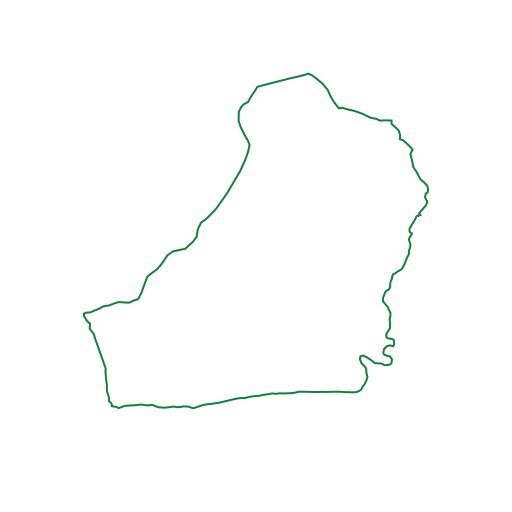 outline of Grand Cess Wedabo, Grand Kru, Liberia, rotated 342°
{"feature_id": "62588387B28167569470031", "entity_name": "Grand Cess Wedabo", "entity_type": "district", "adm_level": 2, "iso_a3": "LBR", "parent_name": "Liberia", "parent_adm1": "Grand Kru", "projection": "equal_earth", "projection_center": [-8.082, 4.634], "detail": "fine", "context": "isolated", "style": "outline", "palette": "green", "viewbox_px": 512, "rotation_deg": 342, "n_neighbors": 0, "source": "geoboundaries", "source_scale": "gbopen_adm2", "svg_char_len": 3389}
<svg xmlns="http://www.w3.org/2000/svg" viewBox="0 0 512 512"><g transform="rotate(342 256 256)"><path d="M71.3,348.5L72.6,350.7L73.0,352.2L72.5,354.3L76.2,356.2L78.4,358.2L84.8,358.0L88.7,358.9L93.8,360.3L98.6,361.3L101.7,362.1L104.0,363.4L108.2,365.1L110.9,365.2L116.4,369.7L119.3,370.9L119.7,371.0L122.7,372.2L125.5,372.7L129.2,373.4L131.5,373.9L134.5,375.5L137.9,376.3L140.5,376.6L144.9,378.2L147.7,380.3L149.4,381.4L154.3,381.4L160.6,381.4L167.9,382.8L176.0,384.2L181.3,384.6L187.7,385.1L193.9,385.7L197.6,386.4L201.2,387.6L206.2,387.9L211.3,388.8L214.9,389.7L215.7,389.9L219.3,390.2L225.0,391.2L229.2,391.8L232.3,393.2L235.6,393.8L241.4,395.7L246.7,397.2L250.1,397.9L255.0,398.4L263.2,401.1L268.1,402.9L272.5,404.4L276.8,405.6L281.1,407.1L286.6,408.7L292.6,410.6L296.3,412.0L299.3,413.3L301.5,413.9L304.5,415.1L309.2,416.5L312.6,416.2L314.2,415.7L315.0,415.4L316.2,413.8L319.5,411.6L323.0,407.9L324.7,405.2L324.8,401.7L325.9,397.2L325.2,394.4L323.2,390.7L322.9,386.1L324.4,383.6L327.0,383.8L329.8,386.2L333.0,390.2L336.0,394.7L339.0,395.8L342.1,397.1L344.5,399.5L346.6,400.2L350.3,400.6L352.0,399.4L353.4,396.1L352.3,392.9L349.6,391.3L347.4,389.3L347.1,387.5L349.1,384.1L352.2,382.3L355.9,382.4L358.6,384.3L360.3,382.3L361.1,378.4L359.2,376.6L355.5,374.8L355.0,372.9L356.1,370.2L358.6,368.1L361.1,366.2L362.5,362.0L363.1,360.6L363.3,358.1L365.3,354.5L366.3,351.6L365.8,348.1L365.4,344.9L364.2,341.8L362.8,338.6L363.8,335.2L365.4,333.2L367.6,330.5L369.7,329.2L372.1,329.0L374.2,326.7L374.9,324.1L376.4,321.5L378.1,319.8L379.4,317.3L380.8,315.7L383.1,315.6L384.5,315.0L386.2,314.5L390.3,313.6L392.5,311.7L395.0,309.3L397.6,306.1L399.2,304.1L402.0,301.5L403.1,298.1L404.9,296.0L406.2,293.5L406.5,291.7L406.5,289.0L406.6,287.3L408.4,285.3L410.4,284.0L411.2,282.6L410.1,281.6L409.6,280.2L410.5,277.4L411.9,276.2L414.8,273.5L417.8,271.1L420.9,267.9L422.0,267.7L422.8,268.1L423.7,267.2L424.9,267.7L424.6,265.7L430.1,262.2L433.0,260.5L434.8,258.6L435.8,256.7L435.3,255.2L434.9,252.4L436.7,249.1L438.9,248.5L440.0,246.4L440.7,242.4L438.6,238.0L436.1,233.9L435.3,229.6L434.7,225.4L433.1,220.5L433.8,214.4L434.4,206.7L437.8,203.1L436.5,200.0L433.7,194.7L431.6,191.3L428.9,189.5L430.5,185.3L430.4,180.4L427.5,175.3L425.7,172.2L426.8,169.0L425.0,168.4L419.8,166.6L415.8,165.6L412.7,162.7L407.6,159.9L401.2,153.6L394.7,148.6L389.5,145.5L388.4,144.9L384.1,141.8L380.5,141.2L377.7,133.7L376.2,126.7L375.5,120.1L372.7,113.0L368.6,106.4L366.2,103.0L364.9,101.3L361.9,98.6L358.9,98.8L350.7,98.3L341.4,97.4L338.8,97.3L330.0,96.7L309.7,95.5L306.7,98.0L300.0,103.3L296.0,107.1L290.9,108.0L287.8,109.9L284.2,113.6L283.9,114.4L281.2,122.1L281.3,128.7L282.5,137.4L284.0,144.0L284.1,148.6L280.5,154.7L278.5,157.3L275.8,160.9L267.2,170.3L248.6,186.8L241.4,192.3L237.4,195.2L232.2,199.1L220.3,205.3L214.0,207.3L209.0,212.5L206.2,217.9L205.5,219.4L200.5,222.9L195.1,225.4L191.5,227.0L191.0,227.3L185.9,226.7L178.6,226.0L172.1,227.9L163.9,234.3L157.9,238.0L152.3,239.8L146.1,242.1L141.8,247.7L135.4,255.9L130.6,260.6L129.1,260.6L126.5,260.5L120.9,261.2L117.2,259.8L110.9,257.3L105.8,257.4L100.5,257.6L97.6,257.0L94.9,256.7L90.2,257.7L85.3,258.0L81.2,258.4L77.4,257.5L74.5,257.6L73.9,260.2L75.3,265.9L77.3,269.1L75.3,273.7L76.6,277.1L77.6,280.4L77.5,282.9L77.5,284.7L78.3,316.4L77.1,319.6L75.6,325.6L74.8,329.9L74.4,332.5L72.5,338.2L72.4,345.8L71.3,348.5Z" fill="none" stroke="#15803d" stroke-width="2"/></g></svg>